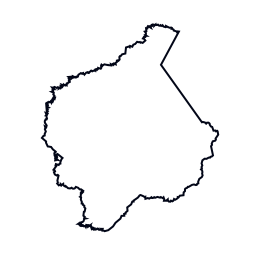 Towong, Victoria, Australia (Mercator projection), rotated 255°
{"feature_id": "25037944B17734063205402", "entity_name": "Towong", "entity_type": "district", "adm_level": 2, "iso_a3": "AUS", "parent_name": "Australia", "parent_adm1": "Victoria", "projection": "mercator", "projection_center": [147.729, -36.366], "detail": "fine", "context": "isolated", "style": "outline", "palette": "ink", "viewbox_px": 256, "rotation_deg": 255, "n_neighbors": 0, "source": "geoboundaries", "source_scale": "gbopen_adm2", "svg_char_len": 5690}
<svg xmlns="http://www.w3.org/2000/svg" viewBox="0 0 256 256"><g transform="rotate(255 128 128)"><path d="M34.4,78.7L34.4,82.5L36.8,88.1L39.7,91.4L42.4,97.2L44.8,99.0L44.2,101.7L46.0,102.0L45.9,103.5L46.9,103.7L48.1,106.1L51.5,106.7L53.4,111.3L55.7,113.0L55.5,114.4L56.4,114.5L58.2,119.5L59.9,121.8L60.0,122.8L57.9,125.5L56.7,126.3L56.9,126.9L55.1,126.5L55.2,129.0L54.3,130.2L55.0,132.7L54.3,132.8L53.9,133.9L54.4,135.4L53.6,136.0L53.8,138.6L52.4,141.0L52.8,141.8L51.2,143.5L51.8,144.4L49.6,144.6L48.4,143.9L47.9,146.1L48.7,147.8L47.5,147.4L47.4,148.1L46.4,148.4L45.9,149.7L46.7,150.7L45.7,151.7L46.0,152.9L47.5,154.1L46.5,154.9L46.9,156.6L47.5,158.0L48.4,158.2L48.0,159.0L49.2,160.6L48.7,164.2L51.4,165.1L52.3,166.7L54.2,167.2L54.7,167.9L54.9,169.6L55.7,170.5L55.4,171.2L56.5,175.2L56.4,177.1L55.3,178.8L55.3,179.7L56.2,180.4L56.3,181.6L58.0,181.9L60.4,183.7L61.5,186.6L62.9,187.8L64.8,187.8L66.2,188.5L68.1,188.6L69.1,187.8L70.0,189.0L71.2,188.9L72.6,190.1L74.7,189.9L77.5,191.5L78.5,194.0L77.9,195.9L78.5,198.2L78.2,199.7L78.8,200.2L78.8,201.6L79.5,203.0L88.9,203.5L90.0,204.8L91.2,204.8L93.2,206.4L93.2,209.0L94.1,209.9L95.2,209.9L98.2,213.4L101.5,213.7L102.1,213.5L102.0,212.1L102.9,211.9L103.3,209.9L107.2,209.6L108.0,208.5L110.0,207.8L111.1,208.0L112.3,207.2L112.7,205.7L112.0,204.6L113.4,203.8L114.5,201.8L114.4,200.9L180.5,176.2L208.0,202.1L208.4,201.1L207.4,200.3L208.8,199.8L210.3,197.4L211.2,197.5L212.3,196.5L212.5,195.8L213.3,196.3L213.8,195.8L214.1,194.0L216.6,191.2L216.1,191.1L216.4,190.8L215.8,190.2L216.8,188.6L218.3,188.0L217.8,187.1L218.9,186.1L218.4,185.5L218.9,184.4L220.1,183.7L219.9,182.7L220.3,181.6L220.9,181.6L220.2,180.3L220.8,180.6L221.0,179.4L221.6,178.9L221.5,177.7L220.6,177.7L221.0,177.1L220.5,176.7L220.6,175.9L218.8,176.1L219.5,175.4L219.9,175.8L220.9,174.7L220.4,174.0L221.1,173.5L220.0,172.4L219.1,172.4L218.9,171.6L219.3,171.2L216.8,170.8L216.8,169.2L215.1,169.9L213.8,169.5L213.5,168.6L212.2,169.8L212.5,168.5L211.5,168.2L211.9,167.0L210.6,165.6L210.0,166.6L208.0,167.4L206.4,164.2L207.2,163.2L207.1,162.3L208.0,161.8L207.9,160.9L208.9,159.1L207.3,156.7L207.1,154.7L205.4,153.2L206.7,151.3L205.6,150.6L206.5,150.1L206.3,146.9L200.6,144.7L200.7,141.4L199.3,139.4L199.5,138.8L198.8,138.0L196.3,137.6L195.4,136.2L196.0,135.8L196.0,134.7L194.6,134.3L194.1,132.7L192.7,132.6L193.9,131.0L192.8,130.3L193.7,129.6L193.1,128.9L194.0,128.0L192.8,127.9L193.8,125.4L194.5,125.8L193.9,125.0L195.6,121.6L194.9,119.7L196.1,118.8L195.4,118.2L194.2,118.5L194.1,117.9L192.9,117.7L192.3,117.0L193.7,114.8L193.0,114.7L192.3,113.4L193.1,113.4L193.1,111.8L192.1,111.4L192.7,111.1L192.0,110.1L192.3,109.5L192.0,108.2L192.9,107.5L192.9,106.9L192.2,106.2L192.2,105.2L191.3,104.5L191.4,103.8L192.4,103.3L192.3,102.0L190.9,99.8L191.5,99.7L192.0,98.4L192.7,98.7L192.6,97.2L193.2,96.7L192.3,93.9L190.6,92.9L190.2,90.7L190.5,90.2L190.9,90.6L190.8,89.1L191.4,89.2L192.3,88.1L191.1,87.8L190.4,86.2L191.4,86.6L191.8,85.4L192.3,86.0L192.7,83.7L192.0,84.1L191.3,83.6L191.8,84.1L191.3,84.4L190.9,83.5L190.0,83.9L189.0,83.1L188.5,83.4L188.4,82.8L188.2,83.7L187.5,83.6L187.3,81.9L186.7,81.3L186.9,80.5L185.3,79.9L186.0,79.4L185.7,79.0L186.5,78.9L185.6,78.6L186.1,77.8L185.4,77.9L186.1,77.5L185.8,76.7L186.4,76.7L186.1,76.3L186.7,75.5L185.8,75.8L186.1,74.9L185.4,74.9L185.8,74.3L184.8,74.4L185.1,73.8L184.4,74.0L183.7,73.1L184.3,72.4L184.0,71.4L184.7,71.8L185.6,70.8L185.1,69.6L186.7,67.6L186.3,66.1L186.7,65.2L185.5,65.7L185.4,66.5L185.1,65.8L184.6,66.3L184.8,65.3L184.2,65.0L184.9,64.7L183.9,64.9L183.9,64.1L183.5,65.3L182.6,65.2L182.7,63.7L181.2,65.4L179.9,64.8L180.3,64.2L178.2,65.3L176.9,64.5L176.4,65.5L174.8,64.5L175.4,63.6L174.7,63.2L176.0,63.1L174.8,61.9L172.8,61.4L173.4,60.7L172.6,60.4L173.5,60.1L173.0,59.7L173.7,58.4L173.2,58.0L173.6,57.1L173.2,56.5L172.3,56.5L173.2,55.8L173.0,55.3L170.3,54.8L170.9,55.3L170.6,56.2L169.2,55.7L168.3,56.6L168.2,55.5L166.7,54.4L166.3,55.0L165.7,54.2L165.0,54.7L164.7,53.7L163.0,54.2L162.7,53.1L163.2,52.6L162.1,52.8L161.7,52.3L161.6,53.1L160.5,52.2L158.0,52.2L157.3,51.5L157.7,50.7L156.2,49.4L154.6,49.1L151.5,50.1L149.9,49.2L151.0,48.2L149.4,48.2L148.4,47.4L145.9,47.7L143.9,46.0L142.3,45.6L142.2,44.2L140.7,42.3L136.2,45.4L135.0,45.0L131.0,45.7L129.6,48.8L126.8,49.9L123.8,52.1L123.1,51.6L123.2,50.8L122.7,50.3L120.6,50.0L120.2,51.2L119.6,51.4L119.3,50.2L117.9,50.2L118.4,49.3L117.4,50.1L115.6,49.3L115.5,50.1L116.0,50.5L115.3,52.0L117.1,50.8L118.1,52.0L120.7,51.9L121.1,53.2L116.0,57.0L115.0,55.6L112.3,53.7L111.1,53.5L111.0,52.3L110.2,51.5L111.8,49.0L110.4,48.2L109.7,48.8L106.9,45.2L106.0,46.2L104.9,46.3L104.5,45.0L102.1,45.3L100.6,46.8L100.9,48.0L100.0,48.6L95.5,46.2L93.3,46.1L92.7,45.2L90.5,46.3L90.8,47.4L90.0,48.2L91.1,48.5L90.1,49.1L90.8,51.0L89.4,50.8L87.9,51.9L88.3,51.6L87.6,52.4L88.0,52.8L85.4,54.5L84.6,56.4L84.9,58.1L83.9,58.7L83.4,59.9L83.5,61.0L84.6,62.4L83.1,64.4L81.3,65.4L80.9,66.8L79.3,68.1L79.1,66.9L78.3,66.5L78.0,66.8L78.7,67.7L77.9,68.1L76.6,66.0L77.0,65.5L74.2,64.7L73.9,63.9L73.0,64.7L71.0,63.9L68.6,64.3L67.1,63.7L66.6,64.7L65.5,64.5L64.3,65.7L62.8,65.3L61.4,66.0L58.5,64.5L58.5,63.7L54.8,62.2L53.4,63.2L52.4,62.4L51.6,63.6L51.7,62.3L49.6,61.0L48.9,59.7L49.1,58.5L48.6,57.8L48.9,57.3L48.2,56.9L48.7,56.2L48.3,55.1L47.9,56.3L47.3,55.9L46.5,56.4L47.2,57.7L45.7,57.1L45.6,57.7L46.3,58.1L46.1,58.7L45.4,58.3L44.3,58.2L45.5,58.5L45.6,59.4L44.8,60.1L44.3,59.3L44.5,61.3L43.4,61.6L45.2,62.6L44.6,63.8L44.0,63.7L44.5,64.5L44.1,65.3L43.3,64.8L43.9,66.5L43.1,65.8L42.8,66.6L41.5,66.7L42.3,67.1L41.4,67.3L40.6,68.7L39.6,68.0L39.4,69.6L38.6,69.0L38.2,70.7L38.8,72.3L38.0,72.9L38.2,73.7L37.1,73.8L36.7,75.4L37.6,75.8L37.2,77.2L36.5,76.5L35.5,76.6L35.5,77.6L34.4,78.7Z" fill="none" stroke="#020617" stroke-width="2"/></g></svg>